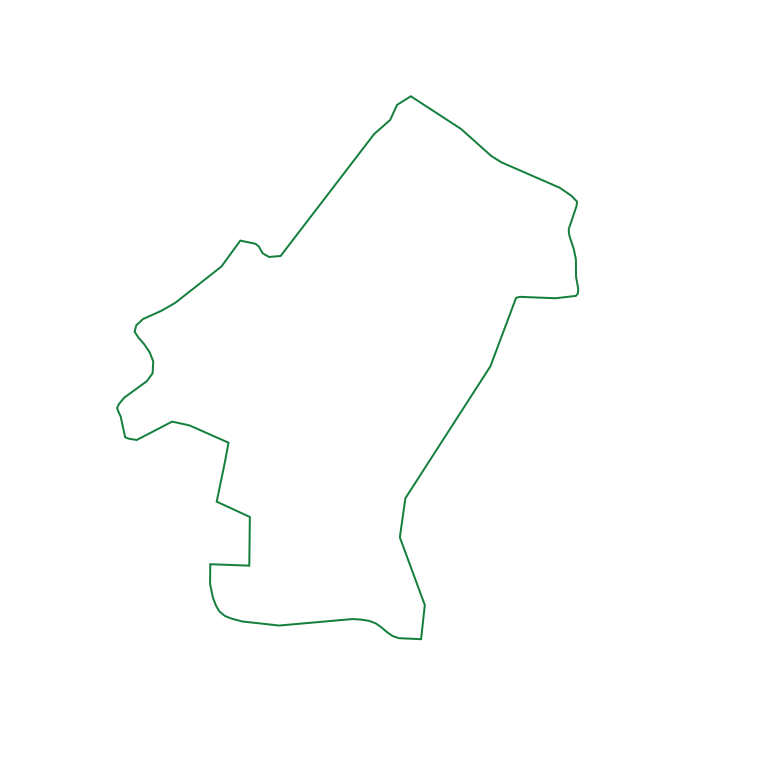 outline of Grad Zagreb, rotated 333°
{"feature_id": "HRV-1589", "entity_name": "Grad Zagreb", "entity_type": "City", "adm_level": 1, "iso_a3": "HRV", "parent_name": "Croatia", "parent_adm1": "", "projection": "natural_earth1", "projection_center": [15.947, 45.796], "detail": "fine", "context": "isolated", "style": "outline", "palette": "green", "viewbox_px": 768, "rotation_deg": 333, "n_neighbors": 0, "source": "natural_earth", "source_scale": "10m", "svg_char_len": 1138}
<svg xmlns="http://www.w3.org/2000/svg" viewBox="0 0 768 768"><g transform="rotate(333 384 384)"><path d="M350.0,223.0L488.7,156.8L509.4,151.5L522.4,141.2L538.5,139.8L568.4,191.7L583.2,229.8L589.4,240.0L629.7,289.0L636.4,301.3L638.8,309.2L636.3,312.9L619.1,329.7L617.4,333.1L616.4,336.6L614.4,349.7L611.8,359.3L611.1,361.0L603.8,375.6L600.3,387.3L597.9,391.3L595.0,392.6L575.8,385.5L544.6,368.0L540.8,367.2L486.9,416.5L351.2,495.5L328.5,527.8L320.0,599.5L301.2,628.2L281.8,617.2L277.2,612.4L273.8,606.0L271.3,599.8L268.1,593.7L263.2,588.3L256.7,583.6L249.4,579.2L180.9,551.6L150.0,531.3L141.8,524.0L137.1,518.7L135.9,516.2L134.0,511.5L133.7,504.9L134.5,497.0L138.3,483.1L147.4,465.7L181.5,484.7L204.1,441.6L181.5,412.9L206.6,381.6L218.8,365.7L191.9,332.6L178.1,321.3L138.2,321.6L131.7,316.8L129.2,313.9L134.7,293.1L134.7,288.5L135.4,284.1L138.8,281.5L146.4,278.2L174.0,273.8L182.7,269.4L188.6,259.2L189.6,249.7L188.4,239.8L186.3,231.4L185.5,224.3L189.8,219.3L198.7,216.7L219.0,217.7L234.9,216.9L292.5,205.5L321.1,191.0L333.2,200.8L334.9,204.5L335.2,212.4L339.2,218.6L350.0,223.0Z" fill="none" stroke="#15803d" stroke-width="2"/></g></svg>